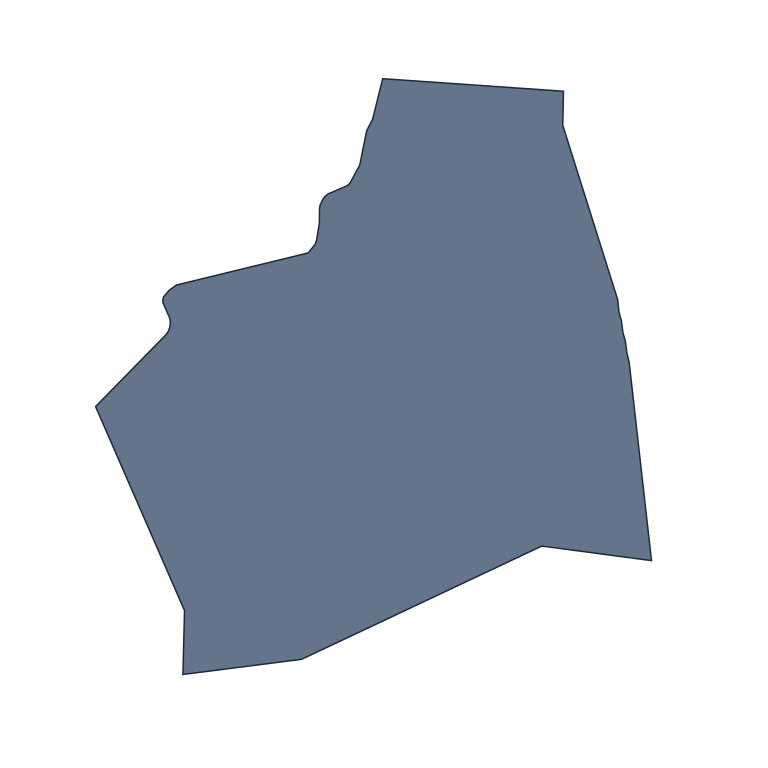 SVG path tracing the border of Harrow, rotated 186°
{"feature_id": "GBR-2767", "entity_name": "Harrow", "entity_type": "London Borough", "adm_level": 1, "iso_a3": "GBR", "parent_name": "United Kingdom", "parent_adm1": "", "projection": "orthographic", "projection_center": [-0.324, 51.593], "detail": "fine", "context": "isolated", "style": "filled", "palette": "slate", "viewbox_px": 768, "rotation_deg": 186, "n_neighbors": 0, "source": "natural_earth", "source_scale": "10m", "svg_char_len": 661}
<svg xmlns="http://www.w3.org/2000/svg" viewBox="0 0 768 768"><g transform="rotate(186 384 384)"><path d="M417.2,687.5L236.1,693.9L233.3,660.1L160.4,492.3L157.8,480.0L154.6,472.0L151.7,459.9L148.4,451.7L145.5,439.6L142.5,431.4L99.5,236.3L210.2,239.3L437.2,101.6L553.6,74.1L558.7,137.8L668.5,331.4L605.5,410.9L603.7,414.8L602.9,418.7L603.0,423.0L603.9,426.9L612.4,441.8L612.8,444.7L612.4,447.5L607.6,454.6L600.9,460.7L473.0,506.5L467.0,515.9L466.1,519.9L465.1,536.9L466.5,552.6L466.2,555.4L463.8,562.0L462.2,564.5L459.5,567.2L441.6,577.2L438.9,580.0L431.0,599.2L427.7,634.1L423.0,646.2L417.2,687.5Z" fill="#64748b" stroke="#1e293b" stroke-width="1.5"/></g></svg>